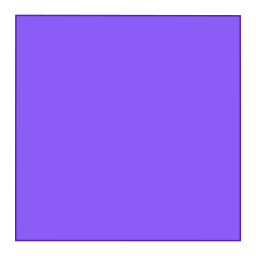 Hemphill, Texas, United States of America (Natural Earth projection)
{"feature_id": "52423323B21915580186486", "entity_name": "Hemphill", "entity_type": "district", "adm_level": 2, "iso_a3": "USA", "parent_name": "United States of America", "parent_adm1": "Texas", "projection": "natural_earth1", "projection_center": [-100.18, 35.838], "detail": "fine", "context": "isolated", "style": "filled", "palette": "violet", "viewbox_px": 256, "rotation_deg": 0, "n_neighbors": 0, "source": "geoboundaries", "source_scale": "gbopen_adm2", "svg_char_len": 200}
<svg xmlns="http://www.w3.org/2000/svg" viewBox="0 0 256 256"><path d="M240.3,240.6L240.3,105.8L240.2,15.8L15.9,15.4L15.7,240.5L240.3,240.6Z" fill="#8b5cf6" stroke="#5b21b6" stroke-width="1.5"/></svg>